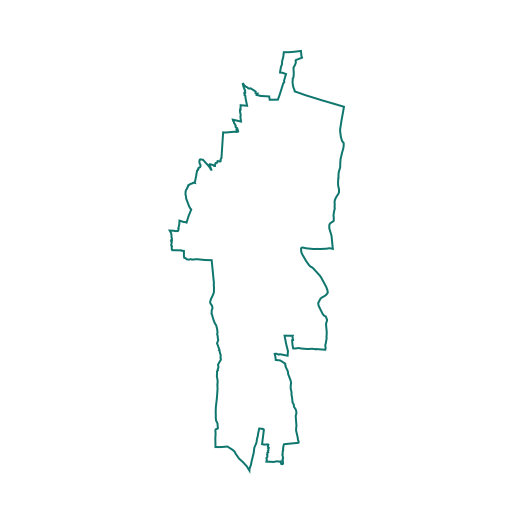 Coroiesti, Bacau, Romania (Equal Earth projection), rotated 194°
{"feature_id": "2599482B8243132142430", "entity_name": "Coroiesti", "entity_type": "district", "adm_level": 2, "iso_a3": "ROU", "parent_name": "Romania", "parent_adm1": "Bacau", "projection": "equal_earth", "projection_center": [27.499, 46.29], "detail": "fine", "context": "isolated", "style": "outline", "palette": "teal", "viewbox_px": 512, "rotation_deg": 194, "n_neighbors": 0, "source": "geoboundaries", "source_scale": "gbopen_adm2", "svg_char_len": 6059}
<svg xmlns="http://www.w3.org/2000/svg" viewBox="0 0 512 512"><g transform="rotate(194 256 256)"><path d="M311.5,382.7L310.9,381.6L309.9,380.8L309.2,379.4L307.9,378.5L307.8,378.0L307.2,377.5L307.1,376.4L306.7,375.9L305.4,375.6L305.1,375.3L304.7,374.6L305.3,374.3L305.4,374.0L303.9,373.5L303.6,373.0L304.5,372.5L304.1,372.0L305.4,371.5L305.7,371.8L315.5,368.4L317.8,368.0L313.2,342.6L313.5,342.1L313.7,340.9L313.3,340.0L313.4,339.2L314.1,338.9L316.1,338.9L316.3,338.7L316.3,337.4L316.4,337.1L317.7,336.4L317.8,334.1L317.6,333.4L318.2,333.2L319.4,333.8L320.5,333.9L323.0,333.9L323.2,333.6L323.3,333.4L320.2,328.9L320.4,328.8L322.6,331.0L323.9,332.0L330.7,336.5L333.4,336.3L333.9,335.8L333.9,334.2L333.1,332.3L332.5,331.4L331.9,331.0L331.6,329.5L331.8,328.6L333.1,327.5L333.2,327.0L332.9,326.1L333.0,325.8L333.3,325.8L333.4,325.1L333.9,324.4L333.7,323.4L333.7,321.2L333.5,320.7L333.2,314.0L333.3,312.5L333.0,312.1L334.4,312.0L335.2,311.4L335.6,310.8L337.2,310.0L337.7,309.1L338.9,308.2L338.7,307.3L338.9,307.0L338.8,306.7L339.2,305.9L339.2,304.8L339.9,303.0L339.9,301.4L339.3,298.7L338.3,296.8L337.8,295.1L333.0,288.1L331.2,286.2L330.1,285.5L331.1,278.3L331.5,271.6L332.9,271.8L334.3,271.5L338.8,271.8L338.1,268.2L338.0,263.8L337.7,263.7L337.6,263.0L337.6,262.0L337.9,261.3L340.5,260.6L342.0,260.6L345.9,259.8L343.9,257.7L342.9,255.4L342.6,254.0L341.9,252.8L341.5,251.3L342.0,251.2L342.2,250.8L341.9,249.8L341.3,249.8L341.1,249.4L340.9,246.2L340.8,245.6L339.9,245.2L339.8,243.7L339.3,242.0L338.8,241.8L338.6,241.4L329.8,243.4L329.6,243.1L327.2,243.5L325.9,238.5L325.2,236.9L323.7,236.8L322.7,236.1L321.0,236.1L319.9,236.4L318.6,237.1L317.0,237.1L312.6,238.6L304.4,239.8L298.0,241.2L290.2,219.3L290.0,217.5L289.3,215.9L288.1,210.8L288.2,208.9L288.8,205.5L289.2,204.0L289.4,201.3L289.3,200.0L288.8,199.0L286.6,197.1L285.6,194.9L285.8,192.4L285.1,189.0L284.5,188.6L283.5,186.6L280.9,182.4L279.4,180.5L277.8,179.0L276.0,175.6L274.8,172.4L274.9,171.3L274.6,170.3L274.0,169.4L273.6,168.6L273.5,167.8L272.4,165.6L272.4,164.1L272.7,161.9L268.9,156.3L269.1,155.7L268.6,155.5L267.3,152.8L266.3,151.4L265.8,148.6L265.1,147.5L265.1,146.6L266.3,142.6L266.5,141.1L265.9,140.0L265.5,138.6L265.7,137.0L265.7,136.4L265.3,135.8L265.8,135.1L265.9,134.5L265.3,132.4L264.9,129.9L263.4,126.5L262.6,124.1L262.5,122.0L262.1,121.4L261.8,119.8L261.2,118.0L259.5,108.2L258.4,99.6L257.3,94.6L256.3,91.2L256.0,89.5L254.9,86.6L253.4,85.0L252.7,83.8L251.9,81.2L251.3,79.9L251.5,79.3L253.1,78.1L253.3,77.3L252.1,73.3L251.4,69.4L249.1,60.8L243.2,62.3L237.7,64.2L231.9,62.3L229.3,60.9L228.0,59.3L223.4,55.3L218.4,52.6L213.8,49.5L210.5,46.2L210.8,47.7L210.4,52.6L210.6,55.7L210.6,64.4L211.1,68.0L211.2,69.9L210.4,74.9L210.8,79.0L210.7,81.6L211.0,84.0L211.1,89.4L207.7,89.9L207.6,89.6L206.6,89.6L206.3,89.2L204.6,74.9L202.8,74.9L198.7,76.1L198.3,75.8L198.5,74.2L198.3,73.8L197.2,73.1L197.2,72.8L197.7,72.3L197.2,71.9L197.0,70.6L197.4,69.9L196.8,69.0L196.6,68.5L197.4,67.7L197.0,66.4L197.2,65.8L196.8,65.5L196.4,63.9L197.0,62.4L196.2,61.0L196.2,59.0L194.6,59.2L194.4,59.4L188.8,60.5L186.7,61.6L185.4,62.0L184.0,62.0L182.4,62.7L182.0,61.6L181.1,60.3L179.8,60.5L179.6,61.2L180.2,63.1L180.7,64.0L180.6,64.7L181.1,65.3L180.8,66.6L182.4,69.7L182.2,70.6L182.6,71.5L182.8,73.1L182.6,73.6L182.9,74.0L182.8,75.0L183.2,75.9L183.3,77.0L183.4,79.3L183.2,80.2L170.2,84.8L169.6,85.1L169.6,86.0L170.8,87.8L171.8,90.3L174.9,96.4L175.4,98.7L175.7,101.1L178.6,109.8L178.8,110.7L178.7,112.7L179.2,114.7L180.3,116.7L182.5,118.7L182.9,119.3L183.4,121.0L185.1,122.7L187.0,128.0L188.0,129.9L188.4,131.8L189.0,133.3L190.3,135.8L191.0,139.0L191.3,141.4L192.3,143.6L196.3,149.3L196.9,151.2L197.8,152.6L200.5,155.8L200.8,156.4L200.7,156.7L201.3,157.4L201.6,158.6L206.8,160.4L207.5,160.5L211.7,159.9L212.7,162.7L214.2,165.5L213.7,165.8L212.5,166.1L210.0,165.8L209.1,166.5L201.2,166.9L202.0,171.5L205.6,178.2L209.0,185.6L201.1,187.5L201.2,186.8L199.7,183.4L200.6,183.0L198.8,177.8L198.5,177.4L197.6,175.3L195.1,175.9L192.5,177.0L189.6,177.2L183.4,178.2L179.0,179.6L175.1,180.0L175.0,180.3L166.1,181.8L166.2,183.5L167.2,186.1L167.2,188.8L167.6,193.5L168.0,194.3L168.5,197.3L169.3,200.4L171.0,205.0L171.7,207.5L171.5,210.0L171.6,211.3L173.6,214.1L175.7,214.7L177.4,216.0L182.8,222.4L183.5,223.4L184.3,225.5L184.0,226.4L183.4,229.1L183.0,230.4L182.3,231.4L179.6,233.9L178.2,235.8L177.5,237.8L178.3,239.9L180.4,243.0L183.2,246.1L187.6,250.9L189.3,252.4L197.4,257.8L199.5,258.8L200.3,258.8L202.4,260.0L206.2,263.3L212.1,269.4L213.2,271.3L214.1,274.2L213.8,275.0L213.0,275.5L209.2,275.6L201.8,276.7L198.3,277.7L195.7,278.2L188.9,280.3L187.1,281.2L184.7,281.5L183.2,281.5L187.6,293.9L191.6,300.6L192.3,303.5L192.3,304.5L191.9,305.6L190.7,307.1L189.5,308.2L189.1,308.9L189.7,311.7L190.6,314.0L191.0,317.6L191.1,321.4L191.6,322.5L192.2,325.5L192.8,327.2L193.0,329.0L192.8,330.9L192.1,333.6L191.1,336.3L190.9,337.8L191.5,340.6L192.9,343.3L193.7,345.3L194.4,348.3L195.0,351.4L194.8,351.5L195.8,355.7L196.0,357.9L195.8,361.6L195.9,363.1L196.6,365.8L197.4,370.5L197.5,377.5L197.3,381.1L197.6,384.3L198.3,386.9L200.4,388.5L202.4,392.0L204.6,397.5L205.0,399.3L205.8,407.7L206.5,418.7L206.8,422.1L229.4,423.0L246.9,424.0L258.3,425.1L258.7,426.2L260.6,428.8L261.8,431.3L262.7,433.8L262.9,435.7L263.3,436.9L262.9,437.9L263.1,440.1L263.6,442.6L265.2,447.8L264.4,450.7L264.1,453.2L264.8,455.1L264.8,455.7L259.3,459.6L260.4,461.3L262.0,465.8L268.6,463.3L273.1,461.8L278.3,460.5L277.7,455.7L277.8,451.7L277.2,448.1L277.5,445.3L277.2,440.6L277.0,439.8L274.7,440.2L270.9,439.8L271.2,432.9L270.6,431.4L271.3,430.3L272.1,417.5L272.6,413.0L280.5,410.9L281.8,414.0L290.9,412.3L291.2,412.5L294.2,412.4L293.8,414.0L295.7,413.7L296.1,414.7L296.1,415.5L301.8,417.4L303.0,416.8L303.9,416.8L305.2,417.5L306.8,417.8L308.8,418.9L310.8,420.6L309.3,417.6L307.7,415.2L306.6,414.0L306.0,411.8L306.8,411.7L306.8,411.1L306.2,410.6L306.1,409.4L305.3,409.1L304.9,408.5L304.6,407.2L301.0,399.6L307.4,398.6L306.4,394.3L306.9,394.2L306.6,392.7L305.9,390.9L305.6,390.7L304.8,388.6L304.9,387.6L303.1,382.8L311.5,382.7Z" fill="none" stroke="#0f766e" stroke-width="2"/></g></svg>